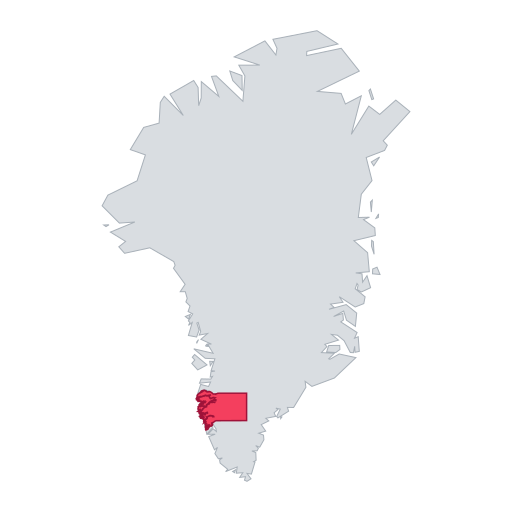 Qeqqata Kommunia on a map of Greenland (Mercator projection)
{"feature_id": "GRL-2741", "entity_name": "Qeqqata Kommunia", "entity_type": "state/province", "adm_level": 1, "iso_a3": "GRL", "parent_name": "Greenland", "parent_adm1": "", "projection": "mercator", "projection_center": [-52.028, 66.171], "detail": "fine", "context": "in_parent", "style": "filled", "palette": "rose", "viewbox_px": 512, "rotation_deg": 0, "n_neighbors": 0, "source": "natural_earth", "source_scale": "10m", "svg_char_len": 9534}
<svg xmlns="http://www.w3.org/2000/svg" viewBox="0 0 512 512"><path d="M317.0,30.7L337.9,44.0L306.8,51.4L306.6,55.6L341.2,48.3L359.3,71.1L317.4,91.4L341.1,93.4L345.4,104.0L361.3,95.8L351.3,134.4L368.8,106.1L379.7,114.4L395.8,100.1L409.9,111.6L383.2,140.8L387.3,145.2L384.6,150.4L366.2,157.5L372.0,180.6L361.3,194.2L358.3,217.5L369.5,217.2L363.5,219.6L374.8,227.9L375.3,235.5L353.9,240.7L367.6,252.7L369.3,271.7L355.7,272.9L362.0,273.8L362.6,282.2L367.0,275.7L370.6,287.7L361.3,292.0L357.1,289.5L358.1,285.1L357.0,283.5L355.2,288.8L365.1,296.8L363.8,303.6L355.2,307.0L339.3,296.7L343.0,302.3L330.5,304.1L334.1,307.4L329.0,309.3L346.2,304.6L356.7,313.1L355.4,326.4L346.5,320.2L343.7,311.0L333.6,316.5L342.8,313.4L343.4,320.0L340.8,321.9L357.1,332.5L354.5,338.2L358.2,336.7L359.3,351.4L355.0,352.3L354.7,346.3L353.4,352.7L350.3,352.5L344.1,340.7L337.4,335.2L331.4,334.4L338.5,340.1L324.8,344.3L326.9,346.6L321.4,352.6L334.3,353.3L328.7,358.8L329.9,359.3L339.2,354.0L355.9,357.6L334.4,378.0L311.9,386.4L305.1,381.3L305.9,387.3L293.6,407.5L287.4,407.4L288.6,411.2L277.9,417.9L276.7,416.4L280.3,409.1L275.9,408.1L277.9,409.6L274.1,412.8L275.7,416.4L265.8,418.3L268.8,420.9L261.2,424.6L265.7,431.1L258.7,433.2L263.5,435.1L263.9,439.8L259.7,447.2L255.7,445.6L258.4,448.2L257.1,450.8L251.9,451.0L255.8,452.6L256.1,460.3L253.7,461.7L255.0,462.1L251.4,474.1L247.0,473.4L251.0,478.8L247.0,481.3L244.5,480.2L245.5,476.7L239.7,477.4L242.8,472.7L236.3,473.2L237.2,467.0L225.6,471.6L227.7,469.3L220.1,463.1L219.6,459.9L222.4,457.9L218.4,458.8L214.9,453.6L217.5,447.4L214.5,449.8L208.7,436.6L215.2,434.2L207.9,434.3L213.1,428.8L216.4,431.5L215.9,428.5L211.7,422.6L212.9,427.4L206.8,434.1L203.8,421.1L211.0,415.6L203.7,419.5L200.4,417.9L199.5,412.3L210.3,401.8L198.4,411.0L199.3,404.8L204.5,401.8L198.0,400.5L197.4,394.9L203.9,390.4L213.4,393.5L204.7,389.4L197.8,393.2L200.7,384.4L208.5,386.5L210.6,382.0L199.5,383.2L201.2,378.9L210.8,379.1L212.5,376.4L210.2,377.1L211.0,371.7L215.0,371.1L211.1,370.6L214.9,358.8L205.2,358.3L193.8,348.8L213.1,353.3L207.6,344.0L211.4,344.1L200.9,339.3L207.6,333.5L199.2,335.1L200.7,331.5L198.2,322.4L196.8,323.1L199.1,330.1L196.6,337.0L188.4,335.5L192.2,322.5L188.5,325.4L189.9,322.5L188.4,320.9L192.7,313.9L188.1,311.5L190.0,306.0L185.9,301.9L187.2,298.4L185.3,291.7L180.2,291.7L185.1,284.3L173.5,268.3L175.1,265.3L173.8,261.6L149.8,247.8L124.6,253.3L118.8,246.8L125.6,241.4L110.4,232.1L134.9,222.0L119.4,223.1L102.1,205.8L107.9,195.1L137.1,180.8L145.4,154.9L130.3,149.6L143.7,127.4L159.1,123.1L160.3,102.4L164.2,96.3L183.3,115.5L170.0,94.1L193.7,80.5L198.1,87.5L198.7,105.7L201.2,98.0L201.3,81.6L218.8,96.4L211.5,76.4L216.3,75.9L242.9,101.3L244.9,75.9L238.8,65.2L259.8,65.1L234.2,56.9L264.9,40.9L275.9,55.0L277.0,48.3L272.9,39.3L317.0,30.7ZM194.6,354.5L207.0,364.9L197.7,369.9L191.8,363.4L194.8,360.0L192.3,357.2L194.6,354.5ZM339.7,345.4L339.9,349.5L335.8,352.5L326.6,352.0L328.7,345.5L339.7,345.4ZM242.2,90.4L232.8,80.6L229.8,71.0L242.0,75.6L242.2,90.4ZM379.6,157.0L373.7,165.8L371.3,162.0L379.6,157.0ZM377.0,267.2L380.0,274.5L372.5,273.8L372.7,269.0L377.0,267.2ZM374.1,254.3L371.5,246.1L371.7,240.4L373.3,241.6L374.1,254.3ZM190.4,314.4L188.6,319.1L185.3,316.5L190.4,314.4ZM373.6,98.9L371.8,99.6L368.9,90.6L370.4,89.0L373.6,98.9ZM213.1,361.4L210.3,365.7L209.7,361.3L213.1,361.4ZM372.3,200.1L371.3,212.0L370.4,202.1L372.3,200.1ZM109.0,224.8L106.0,226.6L103.7,225.0L109.0,224.8ZM198.5,339.6L196.9,342.9L196.6,342.2L198.5,339.6ZM378.3,217.5L375.9,218.4L378.6,213.9L378.3,217.5ZM235.5,469.8L234.6,472.7L232.6,471.5L235.5,469.8ZM208.1,346.4L205.9,346.2L205.7,345.6L206.6,344.5L208.1,346.4ZM281.9,417.0L280.7,418.6L280.6,416.6L281.9,417.0Z" fill="#d9dde1" stroke="#a8b0b8" stroke-width="1"/><path d="M206.3,429.8L206.3,429.6L205.9,430.0L205.8,429.9L205.6,429.6L205.6,429.3L206.0,429.6L206.2,429.4L205.8,429.2L205.8,428.8L205.7,428.8L205.8,428.4L206.2,428.1L206.6,428.1L206.8,427.5L207.0,427.5L206.9,427.4L207.1,427.1L208.0,426.7L208.4,426.3L208.6,426.6L208.8,426.5L209.4,425.5L210.2,424.7L209.7,425.0L209.4,424.9L209.3,425.0L209.5,425.1L208.5,426.0L207.9,426.3L208.1,426.1L208.0,425.9L208.2,425.3L208.6,425.3L208.7,425.1L208.0,424.7L207.8,425.3L207.8,425.5L207.5,425.6L207.3,426.0L207.5,426.0L207.7,426.6L207.3,426.3L207.1,426.5L207.1,426.8L206.8,427.2L205.9,427.4L206.5,426.9L206.7,426.4L206.2,425.9L206.1,426.0L206.2,426.4L205.5,427.3L205.3,427.1L205.7,426.6L205.4,426.4L205.4,426.0L206.1,425.6L206.4,425.2L206.0,425.1L206.0,424.7L205.7,424.9L205.5,424.7L205.6,424.4L205.1,424.0L205.1,423.7L205.7,423.8L206.0,423.5L205.6,423.4L205.4,422.9L206.4,421.2L206.2,421.4L205.6,422.3L205.1,422.6L204.9,422.4L205.3,421.9L205.5,421.6L205.4,421.5L205.5,421.1L205.3,421.0L204.9,421.5L204.8,421.2L204.8,420.9L204.7,421.0L204.6,421.7L204.2,422.4L203.8,422.7L204.2,421.7L203.9,421.5L203.6,421.2L203.7,420.9L204.5,420.2L205.3,419.9L205.7,419.4L206.6,419.1L207.1,418.5L207.4,417.9L207.9,417.9L207.0,417.7L206.9,417.5L208.0,416.5L209.0,416.1L211.6,415.8L212.8,416.8L213.8,416.7L213.7,416.4L212.6,416.6L212.5,416.3L213.2,416.2L213.1,415.9L212.6,415.8L212.3,416.1L211.8,415.6L211.3,415.7L210.2,415.4L209.3,415.7L206.9,417.0L206.5,416.9L206.8,417.7L206.8,418.1L206.8,418.3L206.0,419.0L205.6,419.0L205.3,419.5L204.5,419.7L204.0,420.3L203.7,419.8L204.2,418.8L203.6,419.3L203.4,419.1L203.6,418.9L203.4,418.6L204.0,417.5L204.1,416.9L203.0,419.0L202.5,418.6L202.4,418.4L202.5,418.1L203.1,417.6L202.4,417.8L202.6,417.6L203.7,416.8L203.6,416.7L202.6,417.3L202.7,416.9L203.2,416.4L203.1,415.9L203.0,415.3L202.7,416.4L202.3,416.9L202.1,416.7L201.4,417.0L200.2,416.7L200.7,416.2L201.4,416.0L202.2,415.3L202.1,415.2L200.9,416.0L200.1,415.9L201.3,415.2L201.0,415.2L201.3,414.6L202.0,414.2L202.3,414.4L202.3,414.1L203.0,413.6L203.6,414.1L204.8,414.4L205.0,414.9L205.4,414.4L205.1,414.2L205.3,413.7L206.6,412.8L207.0,412.9L207.8,413.7L207.2,412.6L207.8,412.0L205.4,413.0L204.9,414.1L203.8,414.0L203.5,413.4L203.9,413.0L203.6,412.8L202.9,413.4L202.4,413.0L202.5,413.5L200.5,414.6L200.3,414.5L200.3,414.2L200.7,414.2L200.1,413.9L202.1,412.6L201.8,412.4L200.1,413.6L199.9,413.4L199.6,413.7L199.3,413.6L199.1,413.1L199.5,412.8L200.9,412.6L199.9,412.7L200.0,412.4L199.3,412.6L199.1,412.4L199.5,411.9L201.5,410.8L202.8,409.6L202.9,408.9L204.6,407.4L206.6,406.8L206.6,406.6L206.3,406.5L206.3,406.2L207.1,404.9L208.4,404.1L209.2,404.0L209.3,403.9L208.8,403.6L209.6,402.9L210.1,402.3L211.0,402.4L210.7,402.0L210.9,401.8L212.0,402.5L213.2,402.2L214.7,402.5L214.8,402.3L213.1,401.9L212.6,402.2L211.4,401.5L211.7,401.1L213.1,400.2L213.6,400.3L215.0,400.4L215.8,400.7L216.5,400.5L215.5,400.4L215.0,400.1L214.1,400.3L213.3,400.1L213.7,399.8L215.1,399.4L214.9,399.3L213.5,399.8L212.8,400.3L212.0,400.4L211.0,401.2L210.6,401.2L209.0,402.5L207.9,403.8L206.6,404.6L205.8,406.4L202.9,408.6L202.0,409.8L201.4,410.4L199.7,411.5L199.2,411.6L198.2,411.4L199.0,411.0L198.1,411.2L198.5,410.5L198.5,410.2L198.8,410.0L200.8,409.3L199.9,409.3L198.6,409.8L198.3,409.8L198.1,409.5L198.3,409.1L198.0,408.8L198.0,408.4L198.1,407.8L198.3,407.8L198.6,407.2L198.9,407.0L198.6,407.1L198.2,407.7L198.2,407.2L198.5,406.9L198.3,406.6L199.6,406.1L200.4,406.4L199.7,406.4L200.4,406.7L201.7,406.1L204.2,406.4L204.4,406.1L204.2,405.9L202.4,405.9L202.3,405.7L200.3,406.0L199.4,405.8L199.3,405.6L199.7,405.4L199.8,405.2L199.0,405.3L199.3,405.1L199.1,404.9L200.1,404.2L201.2,404.5L202.6,404.0L203.1,404.2L203.5,404.0L203.5,403.9L203.5,403.6L202.5,403.5L201.5,404.0L200.8,403.9L200.4,403.5L202.4,403.4L203.2,402.9L203.0,402.4L202.5,402.7L202.1,402.6L200.9,403.2L201.2,402.8L201.0,402.6L201.4,402.2L202.1,402.4L202.1,402.1L204.0,402.2L205.0,402.7L205.3,402.3L204.8,402.4L204.1,401.9L205.0,401.6L204.9,401.5L205.0,401.2L204.0,401.3L204.0,401.1L203.9,401.0L204.2,400.5L203.4,401.4L202.4,401.7L202.0,401.4L201.1,401.4L201.1,401.2L198.2,401.4L198.2,401.1L197.6,400.9L197.3,400.5L199.3,400.4L199.9,400.5L200.4,400.4L198.6,400.1L198.3,400.4L197.4,400.0L197.3,399.5L197.7,399.3L198.5,399.4L199.4,398.9L198.7,399.1L196.6,399.3L196.7,399.1L196.9,398.8L196.8,398.7L197.0,398.5L196.8,398.4L197.1,398.3L197.2,398.0L199.4,397.8L199.5,397.6L198.5,397.5L199.0,397.2L199.3,397.3L201.1,397.0L201.4,396.8L201.8,396.8L203.5,396.1L204.0,396.3L204.4,395.9L205.5,395.5L206.2,395.9L208.7,396.0L209.2,396.4L209.4,397.2L210.1,398.4L210.6,398.7L212.3,398.0L213.1,397.8L214.4,398.1L214.8,397.8L214.3,397.8L213.9,397.4L212.3,397.7L210.9,398.5L210.6,398.4L209.6,397.1L209.3,396.0L208.9,395.8L208.9,395.5L210.1,395.3L210.9,394.8L206.6,395.7L205.7,395.1L200.9,396.7L200.3,396.5L200.6,395.9L199.7,396.7L198.9,396.8L197.4,397.6L197.6,397.4L197.0,397.3L197.2,397.0L197.0,396.9L197.1,396.5L197.1,396.2L197.3,396.0L197.1,395.8L197.2,395.6L197.5,395.2L197.3,395.1L197.4,394.9L198.3,394.0L200.8,392.6L200.2,392.6L201.9,391.4L200.9,391.7L201.2,391.2L201.9,390.8L202.7,391.1L203.5,390.9L203.8,390.6L202.3,390.6L203.7,390.3L204.4,390.3L205.9,391.2L206.1,390.9L207.0,391.6L207.0,391.9L207.1,392.0L209.5,391.7L209.4,391.5L209.7,391.5L211.7,392.6L212.5,393.5L213.0,393.9L213.7,394.1L214.1,393.9L215.5,394.3L215.5,394.1L215.6,393.9L216.8,393.7L217.6,393.3L219.4,393.2L246.6,393.2L246.6,420.6L216.0,420.7L214.7,421.3L212.9,422.8L213.0,422.5L212.8,422.5L212.1,423.2L211.6,422.4L211.7,423.2L212.0,423.7L211.8,424.0L212.1,424.2L212.0,425.2L212.3,425.1L212.2,425.4L211.6,425.6L211.2,426.2L210.4,426.1L209.2,426.5L209.1,426.8L209.2,427.0L208.8,427.3L208.8,427.6L208.5,427.9L207.8,429.4L206.3,429.8ZM200.6,417.4L202.1,417.1L202.2,417.5L201.7,418.2L201.3,418.5L200.6,418.3L200.3,417.8L200.6,417.4Z" fill="#f43f5e" stroke="#9f1239" stroke-width="1.5"/></svg>